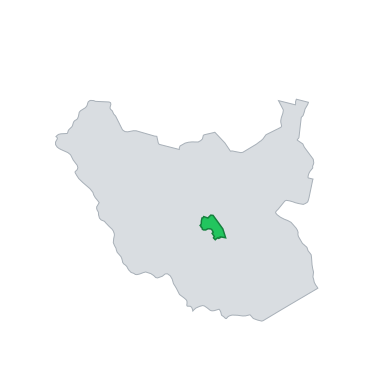 location of Yirol East, Lakes, South Sudan, rotated 14°
{"feature_id": "79223893B59833655345818", "entity_name": "Yirol East", "entity_type": "district", "adm_level": 2, "iso_a3": "SSD", "parent_name": "South Sudan", "parent_adm1": "Lakes", "projection": "mercator", "projection_center": [30.77, 6.774], "detail": "fine", "context": "in_parent", "style": "filled", "palette": "green", "viewbox_px": 384, "rotation_deg": 14, "n_neighbors": 0, "source": "geoboundaries", "source_scale": "gbopen_adm2", "svg_char_len": 4144}
<svg xmlns="http://www.w3.org/2000/svg" viewBox="0 0 384 384"><g transform="rotate(14 192 192)"><path d="M303.6,288.2L292.9,298.9L292.2,299.6L290.9,300.4L286.5,300.4L282.1,299.9L278.0,297.1L273.8,299.3L271.2,300.0L269.6,300.2L265.9,300.6L260.7,301.7L258.3,303.1L257.1,304.3L256.0,306.4L255.5,306.6L254.5,306.3L253.2,305.5L250.4,304.3L249.0,301.6L247.7,300.0L246.6,299.2L242.2,301.8L240.1,302.5L238.3,302.4L235.1,300.9L231.6,299.6L229.8,299.6L227.0,301.2L223.9,303.6L222.3,305.9L221.6,307.3L220.5,305.2L219.4,303.9L217.9,303.3L215.0,303.9L214.3,303.1L214.1,301.3L213.7,299.6L212.9,298.3L210.6,297.0L204.7,294.5L200.2,289.3L197.9,287.0L196.2,285.4L193.9,281.4L191.2,278.6L187.9,277.3L185.8,278.0L183.6,280.9L179.4,283.7L177.5,283.8L175.0,282.3L171.9,281.2L166.4,280.8L164.1,282.1L161.1,284.2L158.5,285.5L156.9,285.7L155.5,285.1L153.8,284.9L152.4,284.8L149.4,282.9L147.9,281.4L146.8,280.1L145.2,279.1L143.2,278.3L141.8,277.1L141.1,275.6L140.0,273.6L138.6,271.8L134.0,268.6L132.7,266.7L131.8,264.9L129.9,262.9L127.9,260.2L127.3,256.2L127.2,253.0L126.8,251.5L125.9,250.1L125.0,248.8L123.4,247.4L119.7,245.3L115.9,242.9L114.1,241.6L110.6,241.1L108.5,239.7L106.8,236.7L106.1,234.3L104.3,232.4L103.5,231.1L103.1,229.5L104.5,224.8L102.5,223.1L99.5,220.9L97.3,218.6L96.0,216.4L92.2,213.5L83.7,209.2L78.9,206.4L76.2,203.9L73.9,201.5L73.7,200.5L75.2,198.1L75.4,196.1L74.2,193.9L69.1,189.8L65.1,185.2L62.0,183.8L54.7,182.5L52.6,182.0L50.4,181.1L48.2,179.1L47.5,176.6L48.5,172.8L47.9,171.6L46.6,171.2L47.0,170.4L48.4,168.5L50.6,167.3L56.7,165.4L57.0,164.6L57.1,162.2L57.6,161.0L59.7,157.7L60.0,156.3L60.1,153.4L60.4,152.1L61.0,151.1L62.7,149.4L63.2,148.4L63.5,146.2L63.3,141.9L64.2,140.1L68.0,136.2L69.0,134.4L69.3,132.8L69.3,131.2L69.5,129.6L70.7,128.1L71.6,127.6L74.5,127.1L76.4,127.4L89.8,124.7L91.4,125.1L92.1,126.7L92.0,129.3L92.2,130.5L92.9,131.4L95.1,132.6L96.6,134.6L97.3,135.4L99.5,136.8L109.5,148.5L112.3,149.6L115.0,149.2L120.4,146.7L123.1,146.1L142.1,146.8L144.2,146.5L144.4,146.5L147.3,152.4L148.6,153.7L169.4,153.8L169.0,152.1L169.3,150.2L173.0,146.7L173.5,146.2L176.7,144.5L179.8,143.4L185.9,142.0L188.1,139.9L189.3,138.0L189.3,134.2L190.1,133.5L191.6,132.7L198.5,129.2L199.7,128.5L212.0,136.4L219.0,142.7L219.4,143.0L219.7,143.1L220.1,142.9L220.4,142.6L221.3,142.4L224.2,142.3L229.8,142.0L231.7,141.2L242.9,130.0L245.8,126.4L246.5,125.7L248.1,123.2L249.8,118.8L250.2,118.3L262.5,107.8L262.9,106.9L263.0,106.3L261.2,102.7L260.8,100.9L260.7,98.1L261.1,93.8L260.9,91.1L260.8,90.4L260.7,90.2L253.8,82.4L271.2,82.4L271.2,81.4L271.2,81.1L270.8,80.1L270.6,78.9L270.7,78.2L270.8,77.6L270.8,77.2L270.7,76.9L270.8,76.7L283.3,76.8L283.1,79.0L281.6,84.2L281.6,87.3L281.3,90.8L280.8,91.9L280.2,92.7L280.0,93.1L280.0,93.5L282.6,113.3L282.4,114.1L281.7,115.3L281.5,115.7L281.5,116.1L281.8,116.3L287.5,118.4L287.8,118.5L288.0,118.7L290.1,121.3L301.4,130.6L301.8,131.1L303.0,134.0L303.1,134.4L303.1,135.2L303.1,135.7L302.8,137.5L302.9,138.2L303.1,138.8L303.3,139.4L303.3,139.6L303.1,140.0L301.5,143.4L300.9,145.8L300.8,147.8L300.9,149.0L301.0,149.7L301.2,150.0L301.4,150.2L306.3,150.2L306.2,151.2L306.9,169.0L306.9,171.0L306.7,173.4L306.1,174.4L304.7,175.8L303.0,177.1L298.6,177.4L294.9,177.4L292.3,177.1L288.8,177.0L285.4,177.3L284.2,178.4L279.8,187.8L278.4,190.1L278.0,191.5L278.5,192.3L280.2,193.5L284.0,195.1L288.3,196.1L291.6,196.5L293.8,197.0L295.5,197.5L301.7,201.8L303.6,203.7L304.7,205.5L305.0,207.4L305.9,209.3L311.5,215.1L316.9,217.9L318.9,221.0L320.9,222.5L322.8,224.1L323.8,226.6L326.1,233.6L327.7,237.3L329.3,240.3L329.9,245.2L331.2,247.4L332.5,250.1L334.7,252.5L337.0,254.4L337.4,254.9L314.2,277.7L303.6,288.2Z" fill="#d9dde1" stroke="#a8b0b8" stroke-width="1"/><path d="M235.7,228.3L234.0,225.5L230.8,220.3L218.1,209.6L215.8,209.9L213.7,213.4L209.3,213.0L208.9,214.4L208.0,214.8L208.1,217.8L208.7,220.7L208.0,222.6L209.1,223.0L209.1,223.6L210.7,224.6L210.9,225.5L212.2,226.0L214.5,225.5L216.2,223.9L218.7,223.3L220.2,223.6L222.3,225.8L222.1,226.5L221.5,227.2L224.4,229.8L223.9,231.3L226.1,232.7L226.6,231.9L228.3,230.0L229.1,230.5L230.6,229.3L230.3,228.7L230.7,228.6L235.7,228.3Z" fill="#22c55e" stroke="#15803d" stroke-width="1.5"/></g></svg>